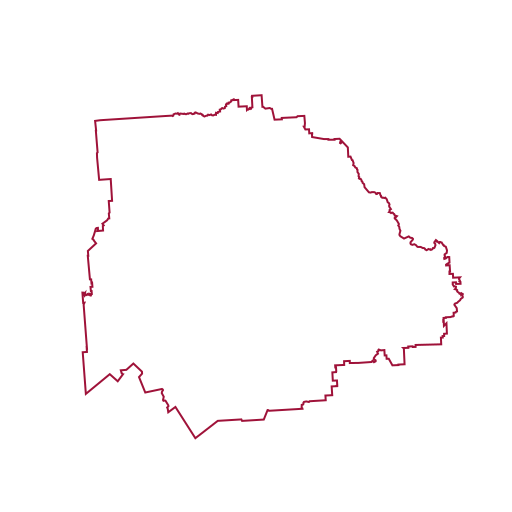 the district of Narrabri, New South Wales, Australia, rotated 348°
{"feature_id": "25037944B38691483406712", "entity_name": "Narrabri", "entity_type": "district", "adm_level": 2, "iso_a3": "AUS", "parent_name": "Australia", "parent_adm1": "New South Wales", "projection": "orthographic", "projection_center": [149.591, -30.328], "detail": "fine", "context": "isolated", "style": "outline", "palette": "rose", "viewbox_px": 512, "rotation_deg": 348, "n_neighbors": 0, "source": "geoboundaries", "source_scale": "gbopen_adm2", "svg_char_len": 6088}
<svg xmlns="http://www.w3.org/2000/svg" viewBox="0 0 512 512"><g transform="rotate(348 256 256)"><path d="M60.9,355.5L88.4,341.2L94.7,349.8L101.3,344.0L100.7,343.7L100.7,343.1L100.2,342.7L100.0,339.7L105.5,340.4L113.7,335.7L120.4,345.4L120.1,347.4L116.4,350.1L119.3,366.5L136.4,366.5L137.1,367.3L137.1,367.9L135.9,369.1L135.3,370.5L136.5,374.5L135.1,377.5L135.4,378.4L136.9,378.4L137.4,378.8L139.2,383.9L139.0,384.9L137.6,385.7L137.9,387.1L137.7,390.6L145.8,386.9L158.8,421.6L184.3,409.3L207.7,412.8L208.1,414.4L229.6,417.6L235.3,409.1L236.1,409.4L236.5,410.1L269.7,415.1L269.7,414.6L269.1,413.8L269.8,411.1L271.1,411.1L271.7,410.5L271.9,409.3L272.6,408.7L274.9,408.7L277.4,409.8L278.2,409.2L294.2,411.6L294.9,406.9L301.6,408.0L302.9,399.3L307.9,400.1L307.9,399.8L308.5,399.9L309.3,394.6L305.2,393.9L306.5,385.7L310.2,386.2L310.5,385.6L311.1,381.6L310.4,381.5L310.7,379.4L319.6,380.9L320.3,377.2L325.9,378.1L325.5,380.2L334.1,381.9L347.0,383.7L348.1,382.7L348.8,383.4L349.3,384.4L351.1,383.9L351.3,383.4L351.3,382.9L349.8,381.4L350.0,380.4L352.5,378.0L355.0,376.9L354.6,374.8L355.9,374.5L356.2,373.3L356.6,373.0L358.6,374.3L362.0,374.7L361.2,380.0L362.9,380.3L362.4,383.7L364.5,384.1L366.7,391.3L372.6,392.3L372.7,391.8L378.8,392.8L381.4,377.2L381.0,376.6L385.9,377.5L386.1,376.2L390.4,376.9L390.4,377.6L393.2,378.1L393.6,376.2L418.8,380.9L419.9,374.3L421.7,374.6L421.9,373.1L423.4,373.4L423.8,371.2L426.6,371.6L428.3,361.4L425.3,363.4L426.0,359.4L425.5,359.3L425.9,357.4L426.3,357.5L426.6,355.6L428.8,356.0L428.9,355.4L433.8,356.2L434.8,355.9L436.1,356.1L436.4,355.7L437.0,355.7L437.5,352.6L439.4,352.8L439.7,352.3L441.1,352.0L441.5,348.7L439.9,345.0L440.0,344.6L440.8,343.9L443.2,343.6L444.0,342.9L446.4,341.7L447.4,340.5L449.5,339.6L449.8,339.1L449.5,337.7L450.3,336.5L450.3,336.0L449.3,335.5L448.6,336.1L448.7,335.0L447.2,335.2L446.9,334.2L445.6,332.8L445.4,332.2L445.7,331.2L445.4,330.8L443.7,329.8L444.7,329.2L445.2,327.6L443.8,326.8L443.3,326.9L442.5,324.8L442.9,322.8L446.1,323.3L445.9,324.9L450.3,325.7L450.6,323.8L449.7,323.0L450.3,322.3L449.8,321.1L449.8,320.4L451.1,319.3L444.3,318.2L444.9,314.4L441.5,313.8L442.0,311.4L442.6,311.5L443.5,305.3L440.0,304.8L440.1,304.0L441.2,303.5L441.4,303.9L442.8,302.9L443.9,302.7L444.8,297.2L443.2,296.8L441.0,297.9L439.6,298.0L439.6,297.0L440.9,295.8L440.6,294.2L440.9,293.6L443.2,292.6L444.0,290.2L443.6,286.4L441.9,285.1L441.8,284.3L441.4,284.2L440.4,281.4L440.0,281.4L439.2,280.6L438.5,280.5L437.8,281.4L436.8,280.0L436.0,279.6L436.3,279.0L435.3,277.8L433.3,279.6L433.1,280.2L433.8,281.3L433.8,282.7L432.3,285.0L431.7,285.3L430.8,285.0L429.8,286.1L428.3,286.4L427.8,285.6L427.1,285.7L426.2,285.0L424.1,285.8L422.9,284.8L422.7,283.9L421.9,283.1L420.8,282.9L419.0,281.4L416.2,280.8L415.6,280.3L414.8,278.7L413.3,277.4L411.3,277.6L409.9,276.7L409.7,275.8L410.0,274.7L412.9,272.5L413.1,271.8L412.4,270.8L410.7,270.2L409.5,268.6L404.4,269.7L401.3,266.7L400.7,265.3L400.8,264.6L402.5,261.3L402.0,259.2L402.2,257.3L401.5,255.7L402.2,255.0L402.4,254.3L401.1,250.4L399.5,248.1L399.7,247.3L400.5,247.4L402.1,246.3L400.1,245.1L399.9,243.7L399.4,243.4L398.7,242.0L398.1,241.8L397.0,242.1L396.1,241.0L395.3,240.7L396.0,240.1L396.2,238.8L397.7,238.2L396.6,235.5L396.7,234.3L397.3,233.4L397.1,232.0L396.0,230.8L395.7,227.7L394.6,225.8L393.6,226.0L392.2,225.2L391.6,225.3L390.6,224.0L390.8,223.1L390.4,222.6L390.2,220.2L388.1,219.7L387.2,220.5L386.5,220.4L386.1,219.1L385.1,218.2L382.7,217.6L381.3,217.8L379.7,217.2L376.5,211.3L376.7,208.2L375.5,206.7L375.5,205.5L374.9,204.8L375.0,204.0L374.4,202.3L373.3,202.1L372.8,201.4L373.4,200.2L372.9,199.3L373.6,197.1L372.7,194.9L373.2,192.9L372.8,192.4L372.9,191.1L371.5,190.0L371.1,188.5L369.9,187.4L370.8,185.4L370.4,182.4L369.8,182.1L369.1,178.4L366.9,178.1L368.4,168.9L364.3,162.2L362.2,163.4L361.7,162.9L362.4,161.5L363.5,160.9L362.1,158.7L357.1,157.9L357.0,158.6L351.0,157.3L351.1,156.7L346.9,155.8L335.6,151.3L336.1,148.3L336.4,148.2L336.5,147.5L333.6,147.1L334.2,143.1L330.6,142.5L329.7,139.4L330.5,139.5L331.5,136.2L332.4,129.0L325.7,127.9L324.5,128.7L309.9,126.3L309.7,127.7L302.5,126.5L302.3,115.4L301.6,115.3L300.2,114.1L295.8,113.8L294.0,111.5L293.3,111.4L294.9,99.9L285.5,98.5L285.4,99.7L285.0,99.6L283.4,109.8L282.4,109.8L281.9,110.7L280.8,109.8L280.3,110.1L280.3,110.9L279.6,110.7L278.9,111.2L278.2,110.9L277.5,111.3L278.1,107.6L270.0,106.3L271.0,99.6L266.9,98.9L267.1,97.4L266.5,98.4L264.1,98.6L264.0,99.6L261.9,100.5L261.2,100.3L260.9,101.3L259.9,101.3L259.4,100.7L258.9,100.9L258.1,101.6L258.1,103.2L256.7,103.6L256.2,104.9L254.7,105.0L253.8,104.3L253.2,104.4L252.2,105.2L251.0,105.3L250.9,107.2L248.8,107.2L248.3,108.2L247.4,107.8L246.8,108.2L246.6,108.0L246.2,109.6L245.1,109.2L243.3,109.6L242.2,109.2L241.5,108.2L239.9,108.5L238.5,107.8L237.7,108.6L236.9,108.4L234.5,108.8L232.8,107.2L233.1,106.7L231.3,105.1L230.6,105.3L228.8,104.6L226.8,103.0L225.8,103.1L225.6,103.9L224.6,104.1L223.2,104.0L222.1,102.7L220.1,102.5L219.2,102.8L218.8,102.4L217.0,102.8L215.4,101.8L215.0,102.1L211.5,100.9L211.0,101.0L210.5,101.9L209.9,101.5L209.8,100.9L209.3,100.0L208.4,100.4L206.9,99.9L204.8,100.3L204.3,101.5L203.6,101.8L202.8,101.2L195.6,100.1L131.9,90.8L126.7,90.4L125.7,100.1L125.4,100.1L122.6,121.7L121.8,122.3L121.0,126.8L118.4,148.9L129.9,150.5L126.7,172.1L123.4,171.6L121.8,183.1L120.9,183.7L120.3,188.7L119.3,188.6L117.8,190.1L112.5,192.5L113.4,194.4L112.4,194.8L111.7,199.3L106.0,198.6L106.9,197.3L107.2,195.6L106.0,195.5L105.0,195.9L101.7,202.0L99.5,205.2L100.5,206.4L100.5,206.9L102.2,210.4L92.6,216.1L92.0,220.9L91.5,220.8L88.7,244.3L89.9,244.6L89.4,248.4L90.1,248.2L89.6,252.1L87.7,251.8L87.2,256.0L87.9,256.1L87.5,259.2L86.8,259.4L86.2,259.0L86.5,259.9L86.3,260.3L85.7,260.2L85.4,259.8L85.9,259.4L85.8,258.9L84.6,259.0L84.7,258.6L84.4,258.4L84.6,257.8L83.7,258.8L83.1,258.2L82.2,259.0L81.2,258.4L80.3,259.1L80.3,258.8L80.7,258.3L80.4,258.1L79.9,258.4L79.8,258.1L80.7,257.6L81.1,256.6L80.4,257.1L80.2,256.6L79.7,256.6L79.7,256.0L78.6,255.7L77.2,265.9L78.5,266.0L77.3,267.7L71.5,310.8L71.3,310.6L70.7,314.7L66.5,314.1L60.9,355.5Z" fill="none" stroke="#9f1239" stroke-width="2"/></g></svg>